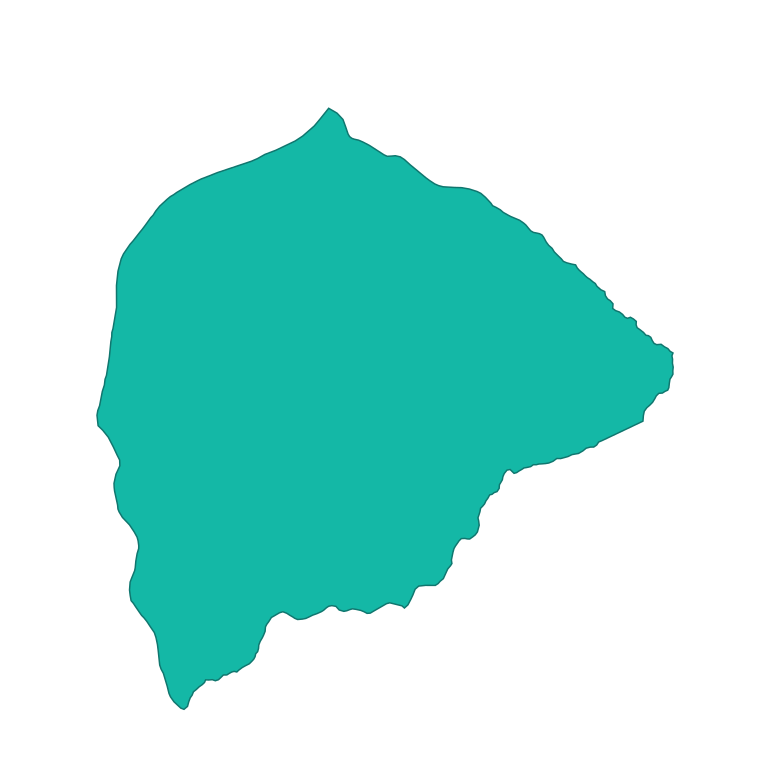 Aparecida do Taboado, Mato Grosso do Sul, Brazil (Natural Earth projection), rotated 169°
{"feature_id": "56859067B67152949964175", "entity_name": "Aparecida do Taboado", "entity_type": "district", "adm_level": 2, "iso_a3": "BRA", "parent_name": "Brazil", "parent_adm1": "Mato Grosso do Sul", "projection": "natural_earth1", "projection_center": [-51.332, -20.072], "detail": "fine", "context": "isolated", "style": "filled", "palette": "teal", "viewbox_px": 768, "rotation_deg": 169, "n_neighbors": 0, "source": "geoboundaries", "source_scale": "gbopen_adm2", "svg_char_len": 4614}
<svg xmlns="http://www.w3.org/2000/svg" viewBox="0 0 768 768"><g transform="rotate(169 384 384)"><path d="M642.4,102.8L638.4,105.0L636.3,109.3L634.1,112.9L631.7,115.2L629.8,118.2L626.4,120.0L623.1,122.1L619.7,123.6L617.1,125.3L615.6,127.6L612.5,126.9L608.9,126.5L606.2,124.9L602.9,125.3L600.5,126.8L597.2,129.0L593.8,128.4L591.2,129.4L588.5,130.3L586.0,130.5L583.4,129.4L581.2,130.8L577.3,132.7L573.7,133.9L569.5,135.1L566.4,137.2L564.4,138.7L562.6,140.9L561.4,143.7L559.1,145.4L557.6,148.4L556.7,151.7L554.7,154.9L551.8,158.2L550.1,160.5L547.9,163.9L546.7,168.2L545.0,170.4L542.4,172.8L539.1,176.3L536.4,177.2L533.6,178.2L530.1,179.4L526.7,179.7L523.2,177.5L520.4,174.8L518.1,172.8L516.3,171.0L513.7,169.3L508.9,168.8L505.5,168.8L501.8,169.7L498.2,170.7L493.5,171.4L488.8,172.5L486.3,173.5L483.1,175.4L480.7,176.4L477.5,176.4L473.6,174.9L471.1,170.7L466.8,168.5L463.8,168.5L460.5,169.1L457.9,169.3L454.4,168.1L450.0,166.2L447.1,164.3L444.4,162.1L441.2,161.7L437.3,163.1L423.4,167.9L420.1,168.1L408.7,162.8L406.7,160.2L402.7,162.6L398.9,167.3L395.9,171.4L392.6,176.6L388.5,179.0L381.5,178.4L372.1,176.5L368.9,177.8L366.6,179.6L362.9,181.6L358.7,187.5L356.7,190.3L353.4,192.9L351.6,194.8L351.4,198.4L349.8,202.3L348.4,205.7L346.7,209.1L344.8,211.3L342.5,213.5L340.3,215.7L337.6,217.5L334.1,217.0L331.7,216.0L329.4,215.5L326.1,217.0L323.2,218.5L320.5,221.0L319.2,223.7L317.5,227.2L317.2,231.6L317.3,234.7L315.6,237.7L314.2,240.3L312.9,243.6L310.4,245.3L308.1,247.2L306.2,249.9L304.0,251.9L301.4,255.0L299.0,255.1L296.5,256.4L293.6,256.8L290.9,259.5L289.9,263.1L288.0,265.2L286.1,267.4L285.0,270.3L283.0,273.2L279.7,276.0L276.5,276.0L275.0,273.8L273.4,271.5L270.7,271.7L268.2,272.8L265.2,273.8L262.5,274.9L260.0,274.8L255.8,274.9L252.7,276.3L250.0,275.7L247.3,275.9L244.3,275.5L240.7,275.1L237.3,275.0L232.8,275.9L228.6,277.9L224.8,277.1L220.6,277.4L217.1,277.7L213.0,278.8L210.6,278.8L206.3,278.7L201.5,280.4L197.8,282.4L193.6,282.7L190.1,282.1L186.9,283.5L184.3,286.1L180.9,286.8L136.9,298.1L135.4,303.5L133.7,307.6L130.5,310.6L127.0,312.6L123.8,314.8L120.8,318.1L119.0,320.4L116.0,322.4L112.4,322.0L109.4,323.2L106.7,323.8L105.1,326.0L103.8,330.2L102.4,334.1L100.3,336.3L98.5,338.5L98.0,341.7L96.9,345.4L96.9,349.3L96.0,353.3L96.0,356.7L94.4,359.3L96.9,361.5L98.6,364.6L101.6,367.0L104.4,370.1L108.9,370.6L111.2,372.4L112.4,375.5L113.2,378.9L115.2,381.0L117.6,381.9L119.3,384.9L122.2,388.3L124.8,391.0L125.2,394.1L124.4,397.3L126.7,400.2L129.4,402.5L132.4,402.0L134.8,403.6L136.5,406.8L139.2,409.8L142.6,411.8L145.1,414.5L143.9,419.0L146.0,422.6L148.3,424.8L149.8,428.4L149.7,432.6L153.1,435.1L156.3,439.2L157.4,442.3L159.7,444.7L161.8,447.4L164.1,449.6L165.7,451.7L167.3,454.2L169.1,456.4L170.8,458.7L172.2,461.1L173.2,464.4L176.9,465.9L181.5,468.1L184.5,470.1L186.1,473.1L188.1,475.9L189.8,478.4L191.6,481.1L193.1,485.1L195.9,488.7L197.7,492.5L199.3,497.7L200.5,500.2L202.7,501.9L205.2,503.0L208.4,504.3L210.7,506.3L212.6,509.6L214.4,513.0L216.2,515.3L219.7,518.9L227.6,524.2L230.7,526.7L234.2,529.7L236.6,532.8L240.3,536.0L243.4,538.3L244.5,541.0L248.8,547.9L252.6,552.7L255.9,555.2L263.0,559.1L270.3,561.9L277.0,563.4L283.3,565.0L288.3,566.3L292.5,568.3L296.0,570.7L300.4,575.0L303.7,578.6L313.1,590.1L316.5,594.2L321.1,600.4L324.7,603.9L329.3,605.9L333.1,606.3L337.4,606.9L340.3,609.0L352.8,621.0L358.6,625.6L362.4,628.2L366.5,630.0L368.7,631.3L370.6,633.5L371.6,636.4L372.1,640.1L372.5,643.2L373.8,651.5L378.4,658.8L385.7,665.2L396.2,656.3L403.2,650.6L416.5,642.9L424.8,639.5L445.6,634.1L457.1,632.1L465.2,629.4L471.5,628.0L507.1,623.3L521.6,620.6L524.1,620.2L528.3,619.1L536.3,616.8L551.1,611.5L554.3,610.0L558.0,608.7L561.8,606.6L570.1,601.5L575.1,597.3L578.5,593.7L581.2,591.8L588.1,585.3L592.1,581.7L594.2,580.0L603.2,572.2L606.6,569.6L614.9,561.4L618.1,557.0L623.6,545.5L627.8,531.8L631.9,510.2L639.5,490.0L641.3,486.5L642.2,482.5L644.0,477.8L648.4,463.0L654.8,445.4L656.9,441.9L658.7,436.3L661.9,430.5L667.3,417.0L670.0,412.6L671.7,408.1L672.6,397.6L669.0,392.4L664.8,384.4L661.6,373.5L659.6,365.4L658.0,359.8L658.9,354.1L664.3,346.6L668.0,338.0L668.6,334.0L668.9,330.4L668.6,316.1L669.0,312.0L668.4,308.9L666.2,302.9L660.7,294.3L657.4,286.4L655.6,280.8L655.3,277.0L655.6,272.1L656.2,269.3L658.7,264.6L661.4,257.5L663.3,251.0L664.4,248.3L668.9,241.4L671.0,238.0L673.1,230.4L673.5,224.9L673.6,219.6L671.8,216.4L670.6,213.4L667.7,206.7L666.1,203.1L664.3,200.4L662.1,196.2L659.6,190.1L656.9,183.9L656.2,178.6L656.1,171.4L656.5,165.6L657.8,150.9L657.2,146.6L655.8,142.2L654.5,129.1L654.1,121.3L653.3,117.7L650.8,112.1L645.3,104.6L642.4,102.8Z" fill="#14b8a6" stroke="#0f766e" stroke-width="1.5"/></g></svg>